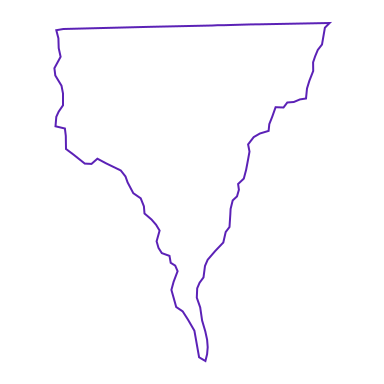 the district of Axixá do Tocantins, Tocantins, Brazil
{"feature_id": "56859067B57908802564825", "entity_name": "Axixá do Tocantins", "entity_type": "district", "adm_level": 2, "iso_a3": "BRA", "parent_name": "Brazil", "parent_adm1": "Tocantins", "projection": "natural_earth1", "projection_center": [-47.762, -5.681], "detail": "fine", "context": "isolated", "style": "outline", "palette": "violet", "viewbox_px": 384, "rotation_deg": 0, "n_neighbors": 0, "source": "geoboundaries", "source_scale": "gbopen_adm2", "svg_char_len": 1316}
<svg xmlns="http://www.w3.org/2000/svg" viewBox="0 0 384 384"><path d="M182.7,311.4L187.9,319.5L194.4,330.7L199.1,357.3L205.4,361.0L207.1,354.2L207.7,347.2L207.1,339.7L205.3,331.4L202.1,320.5L200.2,307.4L196.8,297.7L197.2,288.3L199.6,282.7L203.5,277.4L205.0,265.9L207.7,259.7L215.3,250.9L223.3,242.5L225.7,232.0L229.5,227.0L230.3,214.7L230.6,208.9L232.7,200.4L237.0,196.4L238.9,189.8L238.1,184.0L243.8,178.6L246.1,169.9L248.0,159.9L249.5,151.6L248.1,144.4L253.7,137.1L259.9,133.5L268.6,130.9L269.3,124.1L272.2,116.8L275.6,107.2L283.5,107.5L287.3,102.5L293.8,102.0L300.0,99.4L306.0,98.5L307.0,88.5L309.4,80.7L313.2,71.0L313.1,62.3L315.1,56.4L317.8,49.9L322.0,44.5L324.9,27.7L329.6,23.0L260.5,24.3L251.3,24.4L230.6,25.0L223.8,25.2L217.7,25.2L212.4,25.5L151.2,26.8L63.4,29.0L56.3,30.2L58.4,38.3L58.7,48.1L60.6,56.8L54.4,68.2L55.3,75.5L61.5,85.7L63.0,93.5L63.0,105.3L58.7,111.6L56.3,116.8L55.5,126.3L64.9,128.5L65.8,135.9L66.0,149.0L73.5,154.6L84.8,163.6L91.5,163.9L97.4,158.7L106.0,163.3L113.0,166.7L120.8,170.5L125.5,176.5L127.6,182.4L133.3,193.2L140.7,198.3L143.9,206.3L144.5,213.5L151.5,219.5L156.1,224.8L159.6,230.6L156.6,241.3L158.5,247.9L161.8,253.1L169.5,255.9L170.7,262.8L175.2,265.6L177.6,271.2L173.6,281.8L171.4,289.9L173.6,297.7L176.2,307.0L182.7,311.4Z" fill="none" stroke="#5b21b6" stroke-width="2"/></svg>